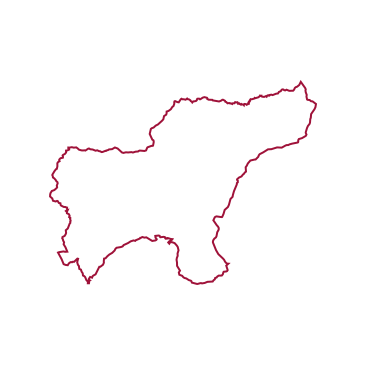 the district of Junín, Cundinamarca, Colombia, rotated 250°
{"feature_id": "7082276B29638649258837", "entity_name": "Junín", "entity_type": "district", "adm_level": 2, "iso_a3": "COL", "parent_name": "Colombia", "parent_adm1": "Cundinamarca", "projection": "mercator", "projection_center": [-73.696, 4.691], "detail": "fine", "context": "isolated", "style": "outline", "palette": "rose", "viewbox_px": 384, "rotation_deg": 250, "n_neighbors": 0, "source": "geoboundaries", "source_scale": "gbopen_adm2", "svg_char_len": 6015}
<svg xmlns="http://www.w3.org/2000/svg" viewBox="0 0 384 384"><g transform="rotate(250 192 192)"><path d="M276.1,91.0L275.5,90.7L274.3,91.2L273.9,91.1L273.7,89.0L274.0,87.8L272.2,87.2L271.2,85.5L271.0,83.7L270.6,82.9L269.1,82.8L268.4,82.4L268.7,80.0L268.1,78.7L267.5,78.1L266.2,78.1L266.0,76.6L265.1,75.3L262.2,74.3L260.0,72.9L260.0,72.1L258.7,70.0L256.1,66.8L255.7,66.5L254.4,66.6L253.2,66.3L252.0,67.2L249.7,68.1L248.6,68.2L247.4,68.9L246.2,68.8L244.2,67.1L242.6,66.9L242.0,66.1L240.9,63.3L240.9,60.6L239.3,58.6L238.0,57.8L236.3,57.1L233.7,58.5L231.3,58.4L229.7,60.7L229.8,62.1L229.4,62.7L227.3,63.1L226.4,64.5L224.8,64.1L224.1,64.3L221.9,66.3L221.0,68.3L221.0,68.0L220.2,69.1L220.0,68.9L218.7,69.1L217.6,68.0L217.3,67.0L216.5,67.4L216.7,68.2L216.1,67.6L214.8,67.2L213.3,68.7L211.7,68.9L210.5,68.0L210.1,68.5L209.2,68.8L208.9,68.3L206.4,68.1L206.0,67.5L204.6,67.1L204.1,66.2L200.2,62.8L199.2,60.3L196.6,59.7L195.5,58.8L194.3,57.3L194.0,54.9L192.8,54.2L191.8,54.5L190.4,54.3L188.5,54.6L186.8,53.5L183.3,54.2L178.6,54.4L179.2,52.3L180.1,50.9L180.9,46.7L180.9,45.4L173.5,46.5L168.1,46.7L166.7,48.3L165.7,50.2L167.0,51.8L167.6,53.7L167.5,54.5L167.0,55.2L167.2,56.3L166.7,57.3L168.6,61.5L168.2,62.1L165.3,60.1L162.7,59.9L161.1,60.4L158.3,59.8L157.0,61.1L154.9,61.0L153.0,61.5L150.8,61.0L149.9,61.9L148.6,62.5L145.4,62.6L143.3,63.5L141.9,62.9L141.5,64.0L143.8,65.2L143.9,65.8L144.9,65.0L145.6,65.3L147.0,67.2L145.7,68.8L146.8,69.7L147.2,70.6L147.6,73.2L153.4,79.3L153.1,80.2L154.1,83.5L155.7,85.0L157.3,85.5L159.5,86.6L159.3,88.1L160.6,90.5L161.5,92.9L162.1,96.2L163.5,99.3L164.7,100.5L165.4,102.0L164.6,106.3L164.6,108.2L165.5,109.6L165.9,114.4L166.6,117.5L166.5,120.4L165.5,122.0L165.9,122.6L166.1,127.0L166.6,127.6L166.4,128.1L166.7,129.9L165.4,131.7L165.0,133.6L159.6,137.9L159.0,141.1L159.2,142.1L159.7,142.7L161.6,142.1L163.3,142.5L162.5,145.8L161.9,146.6L161.0,146.5L160.3,146.8L159.6,149.9L159.0,150.9L158.5,151.3L157.6,151.0L157.1,151.3L156.8,152.5L157.2,152.5L157.1,153.4L155.1,156.0L154.4,157.5L154.1,157.2L153.3,153.4L152.7,152.4L151.2,153.0L152.0,154.0L152.2,154.8L151.5,156.3L149.9,158.2L146.9,159.4L145.2,159.8L141.8,159.4L139.2,157.4L136.9,156.7L135.2,155.2L133.6,154.3L130.9,153.8L127.7,152.7L122.2,153.8L120.9,152.1L118.6,151.8L116.6,154.1L114.9,154.7L113.8,155.5L112.7,157.1L110.3,158.9L109.1,160.5L108.5,160.9L106.9,160.9L104.0,165.1L103.7,165.8L103.5,168.5L103.3,169.4L102.7,170.1L102.2,172.8L102.3,175.8L100.8,180.8L101.7,182.1L102.1,183.5L103.3,184.4L103.2,185.8L103.9,186.8L104.3,188.5L103.3,191.4L104.1,192.8L105.8,194.0L106.2,194.5L105.6,197.2L105.7,197.9L106.4,198.8L111.1,199.0L112.2,201.6L112.7,200.5L113.7,199.8L115.3,199.2L117.2,199.0L118.8,198.4L124.6,195.5L129.1,194.7L137.4,194.4L138.5,194.8L139.5,195.6L140.5,197.0L141.2,199.0L142.1,199.9L145.6,202.0L147.2,203.9L148.1,204.5L149.3,204.8L150.6,204.6L152.3,203.9L158.1,202.4L160.4,204.7L160.7,205.5L160.7,206.7L158.8,210.2L158.2,211.5L158.3,211.9L160.6,214.1L164.0,216.6L165.6,220.6L167.3,222.3L172.3,225.8L173.6,228.5L175.2,229.4L178.4,231.7L183.7,236.6L185.1,237.3L185.4,238.3L186.9,238.9L188.0,238.5L188.5,238.7L189.5,241.1L189.7,243.8L191.0,245.9L191.4,247.2L192.2,248.1L192.7,249.7L196.9,250.9L198.0,252.5L199.7,254.2L201.6,257.6L201.1,261.9L200.8,262.9L202.4,266.3L203.6,267.3L204.4,268.5L204.9,272.5L206.1,278.0L205.1,281.2L204.8,287.2L203.0,291.5L203.7,295.8L203.7,297.0L203.2,298.5L203.4,300.1L203.2,302.6L202.4,307.9L202.4,308.6L202.7,308.9L204.4,309.6L205.2,310.5L205.0,313.8L205.8,318.1L206.8,319.2L208.5,319.1L209.2,319.3L212.7,321.9L214.4,323.5L215.7,325.7L216.8,326.6L220.1,328.1L221.1,329.0L224.5,330.6L227.9,335.4L229.5,337.0L232.3,338.6L235.9,336.3L236.6,334.9L238.2,334.0L239.2,332.0L239.7,331.8L242.5,332.2L244.0,333.0L246.9,333.0L248.7,333.4L249.6,334.0L251.1,333.9L258.3,331.9L255.9,329.4L255.0,326.8L255.0,325.2L254.5,324.1L253.3,323.0L252.6,321.7L253.8,318.0L255.8,315.8L255.6,314.3L256.2,313.4L257.0,313.0L257.5,312.0L257.4,311.2L256.4,309.9L256.3,307.9L255.2,306.5L255.6,304.6L255.5,300.9L256.3,299.9L256.6,298.3L256.1,297.7L256.1,297.3L256.9,296.7L256.8,295.6L256.0,294.7L256.8,294.2L256.7,292.3L257.6,290.5L258.1,290.1L258.7,290.2L258.8,289.2L259.3,288.9L258.8,288.2L258.3,286.8L258.5,283.5L259.0,283.1L258.5,282.4L258.7,279.7L259.2,278.8L258.4,277.7L257.8,277.7L257.3,277.1L257.5,276.5L257.2,276.1L256.6,275.5L256.2,275.9L255.5,275.6L255.8,274.9L255.4,274.6L255.3,273.1L256.1,272.8L256.8,271.4L256.7,270.9L255.8,270.4L256.8,269.9L257.1,269.1L257.8,268.5L257.3,268.0L257.5,267.6L258.3,267.1L258.5,266.7L259.3,266.5L259.2,265.5L260.6,265.5L260.9,265.3L261.0,264.1L261.7,263.3L260.9,262.2L261.4,260.6L260.9,259.9L262.1,258.8L262.1,258.1L262.9,257.4L263.2,255.7L264.8,255.0L265.4,254.2L266.4,254.2L268.1,252.7L268.3,252.0L267.9,250.9L267.8,248.4L271.0,242.8L271.6,242.7L273.1,239.1L274.2,238.2L274.6,238.5L275.4,238.3L276.9,236.1L277.0,234.4L276.3,231.5L276.4,231.1L277.3,230.6L277.8,229.0L277.4,228.3L276.7,228.0L276.2,227.1L276.3,225.7L276.7,224.2L276.0,222.9L276.9,222.7L277.9,221.9L278.8,221.8L280.2,220.7L280.6,219.8L281.5,219.4L280.9,217.6L282.0,215.9L282.4,214.7L283.2,214.1L283.0,213.2L280.8,210.2L281.5,209.0L283.2,207.2L283.2,206.6L282.6,206.1L280.9,205.5L279.1,204.0L278.6,202.5L277.0,200.4L276.2,197.6L276.3,195.7L274.4,194.9L273.5,194.2L272.9,191.7L270.1,189.9L269.2,188.2L267.1,183.1L266.8,180.6L265.7,178.0L265.7,176.0L265.3,174.9L261.0,172.1L254.8,172.6L253.8,173.4L253.0,173.4L251.8,173.0L249.0,171.3L248.8,171.0L249.2,169.7L249.2,165.5L248.7,164.8L246.8,163.1L246.8,161.4L248.8,157.1L248.8,156.1L248.5,155.2L249.2,152.8L249.3,150.0L250.2,148.7L251.0,145.5L251.9,143.5L252.2,140.9L253.1,139.7L258.3,137.0L260.2,134.8L259.6,131.6L260.4,128.5L260.1,127.5L260.3,125.5L260.0,125.1L260.3,124.5L260.2,121.6L260.5,120.6L261.6,119.7L262.2,118.6L263.6,117.2L263.8,115.5L265.9,113.2L266.9,111.1L268.1,110.1L268.2,109.2L267.4,106.0L268.0,105.1L268.3,103.8L268.9,102.4L270.4,100.3L272.2,99.4L273.5,98.5L274.1,96.1L275.2,94.4L275.7,91.7L276.1,91.0Z" fill="none" stroke="#9f1239" stroke-width="2"/></g></svg>